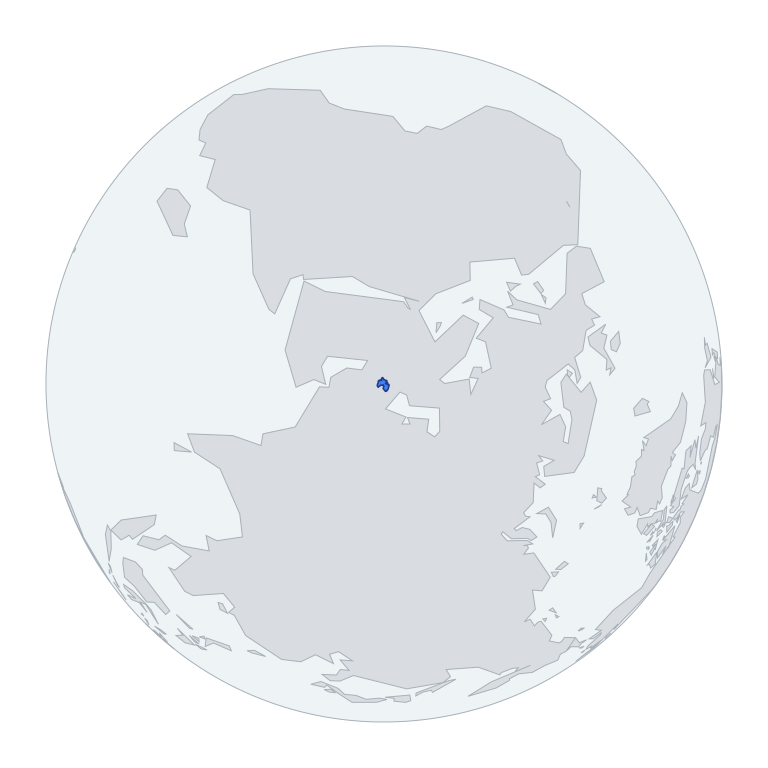 the Earth from above Markazi, rotated 126°
{"feature_id": "IRN-3231", "entity_name": "Markazi", "entity_type": "Province", "adm_level": 1, "iso_a3": "IRN", "parent_name": "Iran", "parent_adm1": "", "projection": "orthographic", "projection_center": [49.809, 34.588], "detail": "fine", "context": "on_globe", "style": "filled", "palette": "blue", "viewbox_px": 768, "rotation_deg": 126, "n_neighbors": 0, "source": "natural_earth", "source_scale": "10m", "svg_char_len": 12321}
<svg xmlns="http://www.w3.org/2000/svg" viewBox="0 0 768 768"><g transform="rotate(126 384 384)"><circle cx="384" cy="384" r="338" fill="#eef3f6" stroke="#a8b0b8"/><path d="M387.6,46.1L396.1,46.7L431.9,51.7L447.6,53.7L440.7,53.7L473.4,58.9L495.7,65.9L467.8,58.0L462.8,57.4L476.5,61.6L474.4,62.0L479.8,64.6L476.0,65.1L460.0,61.5L457.2,62.0L467.1,65.0L469.6,68.2L455.5,63.4L458.3,68.6L432.0,65.5L397.4,55.8L380.0,57.7L336.8,58.5L337.9,60.2L322.2,62.7L317.7,65.9L310.9,66.0L313.1,68.7L320.1,68.1L323.4,69.3L321.4,71.4L312.4,71.5L312.2,70.5L308.5,71.7L304.9,71.0L305.5,72.5L295.0,73.0L302.3,75.9L291.3,79.1L285.1,78.6L289.9,74.3L287.5,65.4L282.8,65.1L271.2,68.2L240.7,82.2L233.7,84.4L221.2,90.4L223.0,90.7L233.5,86.3L233.9,89.2L246.7,84.4L248.7,85.3L260.2,82.9L253.9,88.2L241.5,95.0L231.7,97.5L226.0,100.9L231.7,103.1L209.9,113.3L189.3,130.3L184.2,132.9L180.7,128.5L190.0,116.0L185.6,113.7L183.8,120.6L171.0,128.5L166.9,132.5L164.9,135.7L167.9,135.1L162.6,139.4L162.3,133.2L167.2,129.2L167.2,130.9L171.5,125.5L171.3,122.9L164.8,128.0L170.7,121.9L191.5,106.3L213.5,92.3L236.5,80.0L260.3,69.5L284.9,60.9L310.1,54.3L335.7,49.5L361.6,46.8L387.6,46.1ZM47.6,415.8L48.9,427.0L50.0,435.6L47.6,415.8ZM459.3,55.6L451.7,53.8L459.8,55.5L459.3,55.6ZM481.2,65.0L484.1,65.5L485.6,66.7L481.2,65.0ZM262.8,80.3L261.5,81.5L260.1,81.3L262.8,80.3ZM269.1,78.2L268.4,77.0L271.2,75.9L271.6,76.7L269.1,78.2ZM481.3,68.8L483.0,71.0L478.5,68.0L481.3,68.8ZM269.3,80.1L276.3,74.2L281.4,72.4L287.0,74.0L269.3,80.1ZM482.2,71.9L486.5,78.2L493.2,79.6L476.7,79.9L478.5,74.0L471.9,69.8L478.6,72.0L482.2,71.9ZM323.2,67.1L315.7,67.7L323.8,65.4L323.2,67.1ZM327.7,65.3L348.1,57.9L358.2,58.6L349.3,60.6L364.0,60.5L358.9,64.3L349.7,65.3L344.1,64.0L346.4,66.6L327.7,65.3ZM466.8,79.5L465.5,80.8L463.9,78.8L466.8,79.5ZM325.4,69.6L328.6,67.8L337.6,68.1L332.8,71.8L331.4,70.5L325.4,69.6ZM370.3,58.8L376.2,60.1L373.7,63.4L375.6,64.5L359.6,64.5L370.3,58.8ZM328.3,71.5L330.1,73.8L324.0,75.7L322.8,71.4L328.3,71.5ZM342.0,66.7L346.0,67.1L342.2,68.0L342.0,66.7ZM303.3,84.9L307.0,82.1L312.0,81.9L303.3,84.9ZM331.2,74.6L333.3,73.9L335.7,73.7L335.5,75.7L331.2,74.6ZM359.0,67.1L356.7,68.5L365.4,67.2L363.8,70.2L353.5,69.8L357.3,71.2L356.8,72.1L348.9,70.9L359.0,67.1ZM342.6,77.2L328.9,78.6L321.0,83.4L316.3,83.5L329.9,75.8L342.6,77.2ZM347.0,73.5L343.2,75.7L339.3,74.5L339.5,72.3L347.0,73.5ZM366.5,72.4L371.6,68.0L373.6,68.3L366.5,72.4ZM341.1,78.8L344.4,78.4L341.0,79.2L341.1,78.8ZM359.6,74.5L361.1,72.8L363.4,73.1L359.6,74.5ZM349.9,79.5L345.4,79.8L345.4,78.1L349.9,79.5ZM354.9,77.4L357.8,78.3L348.1,77.4L355.2,76.5L354.9,77.4ZM361.5,75.1L363.4,74.7L360.6,75.8L361.5,75.1ZM352.5,86.0L340.3,85.2L340.2,81.4L352.1,82.6L352.5,86.0ZM89.1,441.6L82.2,384.5L90.7,371.8L95.8,350.5L157.4,309.1L166.4,320.4L210.3,331.5L215.0,336.7L205.5,352.4L234.9,386.2L249.5,375.1L280.5,395.1L304.0,398.9L320.0,367.5L281.7,360.4L279.4,342.9L313.6,334.6L347.7,341.6L347.9,335.1L329.9,318.0L341.5,307.6L324.1,311.1L328.4,318.5L317.7,321.4L313.1,314.9L317.4,311.2L308.2,306.5L290.2,326.6L292.7,336.3L266.2,334.5L267.7,350.8L259.2,356.0L253.5,330.5L256.9,322.5L243.2,292.2L237.2,300.1L249.7,329.8L244.2,326.1L236.2,338.6L237.9,326.2L225.8,293.1L204.3,290.1L170.6,312.7L159.4,309.3L153.0,296.8L171.8,266.0L194.6,277.1L201.6,267.7L202.6,248.8L209.4,254.2L212.6,248.3L221.8,252.0L240.2,242.9L250.4,245.4L263.0,228.7L269.9,228.1L260.5,237.9L259.4,246.7L285.3,254.2L291.8,251.8L297.9,240.6L304.3,244.7L306.8,233.0L324.4,232.7L305.2,223.8L311.8,211.9L325.2,205.2L324.0,200.0L302.1,211.2L296.5,217.3L297.1,224.9L278.8,241.8L268.8,242.3L274.9,219.6L261.3,218.3L272.1,202.4L324.6,179.8L343.8,178.2L364.3,199.7L356.8,206.3L345.7,201.5L351.0,216.7L352.9,210.3L358.2,214.1L365.9,204.8L370.0,207.1L370.3,194.7L376.2,196.6L375.9,204.4L392.3,193.6L406.0,195.4L407.7,192.0L405.7,187.8L424.4,193.7L424.9,190.9L418.9,187.8L415.9,180.6L417.9,170.4L424.3,173.0L424.4,177.0L434.3,189.9L433.7,200.9L436.5,201.1L438.5,192.2L426.5,176.3L425.9,169.6L432.8,176.2L430.2,173.2L431.9,170.7L439.6,170.9L432.6,163.5L442.6,135.9L458.5,134.6L463.4,142.8L477.2,129.2L494.0,130.7L488.4,127.5L491.3,120.1L486.1,119.5L483.6,117.5L488.6,100.5L494.7,99.2L490.6,90.2L487.7,88.9L483.0,89.1L476.7,79.9L493.2,79.6L498.8,82.5L505.3,81.1L517.2,88.4L530.1,94.5L539.3,104.6L548.7,109.3L550.1,108.3L564.0,114.6L587.3,132.5L561.9,122.1L525.6,100.2L539.8,109.0L534.7,108.6L538.6,113.0L548.8,119.6L551.2,119.3L557.7,141.3L578.5,165.9L581.7,158.2L590.9,160.8L617.3,186.5L637.8,237.4L650.2,245.0L655.7,253.3L655.3,263.3L647.4,251.4L640.7,251.6L636.3,243.9L633.0,257.3L626.5,246.9L627.2,263.3L634.6,269.2L639.9,260.5L643.3,280.3L657.6,288.0L667.0,305.0L668.8,348.0L659.1,369.2L660.1,375.5L652.3,373.6L647.9,390.8L667.3,414.0L668.8,423.4L658.9,450.2L657.6,443.7L636.9,438.7L637.3,462.5L653.2,471.7L658.8,489.3L648.4,489.7L642.3,474.5L634.9,472.1L633.8,452.3L621.8,427.3L611.1,438.9L609.0,427.0L590.9,408.6L573.9,424.3L549.0,466.7L550.5,497.3L539.7,513.6L514.7,476.2L506.1,447.4L495.4,452.6L471.0,430.6L424.2,434.5L419.0,426.6L409.9,431.0L392.9,423.5L385.6,410.2L374.6,411.1L394.7,445.9L406.6,444.9L418.5,431.0L421.7,443.4L438.3,453.2L414.7,484.0L347.7,509.2L343.7,485.9L305.9,416.5L308.5,409.2L308.4,408.4L308.1,406.8L302.1,418.3L296.4,404.3L313.8,453.1L315.6,472.8L346.7,510.5L343.1,513.8L353.9,521.5L391.5,513.6L391.2,521.1L371.8,554.7L322.0,594.6L330.2,621.9L329.2,642.8L301.6,652.5L307.6,667.3L293.8,669.8L295.3,677.1L286.2,682.4L269.9,684.7L238.1,675.6L233.3,669.1L213.2,651.3L183.9,608.3L188.9,593.5L184.9,577.8L162.3,534.1L167.0,515.8L161.7,504.4L150.3,501.1L144.5,487.3L137.9,483.4L98.9,464.8L89.1,441.6ZM131.7,337.6L128.9,343.7L131.7,337.6ZM381.1,366.3L403.3,368.2L397.8,346.8L405.9,346.0L401.1,339.4L397.3,345.3L386.2,327.1L397.4,321.2L397.0,312.0L389.6,311.0L370.9,325.0L386.6,350.6L379.6,359.1L381.1,366.3ZM171.0,128.9L170.8,129.5L167.8,133.3L167.3,132.6L171.0,128.9ZM166.4,145.7L157.9,152.3L163.6,146.8L161.1,146.5L170.1,135.2L182.1,133.7L175.0,136.1L166.4,145.7ZM185.4,120.9L178.3,127.4L185.6,120.4L185.4,120.9ZM221.3,214.9L222.6,220.4L216.3,226.0L203.5,225.0L212.4,216.7L221.3,214.9ZM225.8,227.2L235.5,206.3L243.9,206.8L237.5,209.9L242.1,212.4L233.1,218.1L231.7,240.1L226.1,246.6L205.4,239.8L215.2,238.1L213.4,232.4L225.8,227.2ZM245.5,159.3L249.8,152.3L262.4,162.2L256.9,167.7L243.7,166.5L242.5,159.3L245.5,159.3ZM277.9,84.9L278.7,83.0L281.2,82.8L282.5,84.1L277.9,84.9ZM304.6,83.6L276.8,93.3L276.3,91.4L260.6,100.4L253.3,99.2L263.7,93.3L246.3,99.7L252.7,93.9L241.1,99.0L265.1,85.9L270.2,81.6L267.3,86.7L273.9,87.6L278.3,86.8L294.6,81.6L308.9,73.7L317.7,74.2L320.2,76.7L318.1,78.6L313.0,77.5L313.9,80.9L304.9,80.9L304.6,83.6ZM343.6,116.1L338.6,112.1L338.8,122.6L329.9,121.2L330.5,122.5L322.3,124.2L313.3,128.9L309.9,127.4L307.9,130.0L302.4,131.5L298.5,134.6L291.0,133.3L285.6,137.2L285.1,134.4L277.9,141.6L279.9,135.7L273.0,137.7L274.7,142.3L243.6,131.5L229.1,132.8L215.8,137.5L221.1,127.9L236.9,117.9L256.8,109.9L270.0,110.5L270.0,106.5L276.4,105.8L273.7,109.3L281.6,103.7L286.1,104.2L303.8,99.5L312.3,92.1L319.0,90.6L317.9,93.8L325.4,90.1L327.9,95.3L332.7,94.6L340.0,99.4L335.1,106.6L340.9,105.3L346.7,109.4L343.6,116.1ZM354.3,87.4L350.5,95.6L343.7,99.0L333.8,89.4L329.1,89.4L322.5,84.2L332.5,79.5L333.4,81.3L336.7,82.1L332.2,83.2L338.2,82.9L339.7,85.6L344.8,86.2L342.2,88.5L354.3,87.4ZM223.1,332.4L227.3,334.7L234.5,336.3L229.6,344.6L223.1,332.4ZM214.4,309.9L218.6,310.3L215.1,321.9L210.8,319.9L214.4,309.9ZM223.8,301.0L219.1,309.4L219.0,303.6L223.8,301.0ZM264.6,237.9L269.5,238.0L268.8,240.8L264.8,244.1L264.6,237.9ZM342.4,150.0L340.6,146.4L342.7,145.5L345.5,137.0L352.4,137.8L353.3,143.3L342.4,150.0ZM311.9,372.1L303.4,377.3L300.6,373.7L304.1,372.6L311.9,372.1ZM263.2,361.5L273.0,368.3L261.8,363.7L263.2,361.5ZM350.3,149.5L350.7,145.8L353.9,148.6L350.3,149.5ZM357.5,138.1L361.8,140.6L353.5,137.0L357.5,138.1ZM457.2,712.6L460.4,712.4L454.8,713.6L457.2,712.6ZM387.8,642.1L369.5,675.1L353.2,674.5L348.2,665.1L353.7,645.1L372.0,639.6L380.5,629.6L387.8,642.1ZM695.4,497.5L698.6,493.8L698.2,495.2L695.4,497.5ZM692.3,498.2L696.5,493.1L691.0,501.9L692.3,498.2ZM698.0,491.1L702.2,482.9L704.1,478.4L703.4,481.5L698.0,491.1ZM689.2,502.0L669.4,521.0L660.7,524.9L663.5,518.6L677.5,507.9L689.2,502.0ZM662.7,519.1L648.5,516.6L623.9,491.3L632.8,487.2L657.5,496.2L656.1,501.2L664.7,505.1L662.7,519.1ZM694.4,466.9L692.8,480.3L682.5,490.0L677.5,492.8L674.1,480.4L676.0,470.5L680.4,466.9L693.5,423.9L698.8,425.1L695.7,441.6L699.8,447.8L694.4,466.9ZM552.2,499.7L561.1,514.5L554.8,519.4L552.2,499.7ZM695.9,397.9L692.6,416.6L694.7,394.4L695.9,397.9ZM695.5,379.0L697.1,384.8L693.8,381.4L695.5,379.0ZM662.7,384.3L658.2,389.8L656.7,385.4L661.5,375.9L662.7,384.3ZM674.0,319.6L679.2,332.7L680.2,338.0L675.6,332.1L674.0,319.6ZM409.3,157.1L397.8,167.5L394.0,176.7L399.0,184.2L387.0,178.6L392.8,164.3L409.3,157.1ZM437.9,138.0L433.4,132.3L438.5,132.4L440.3,133.7L437.9,138.0ZM432.9,136.2L421.5,133.9L421.1,129.3L430.2,131.9L432.9,136.2ZM385.6,140.4L381.7,143.3L379.2,140.8L385.6,140.4ZM647.5,595.6L655.6,583.2L657.3,581.5L664.5,568.3L684.9,536.4L701.6,497.8L705.0,489.5L696.6,512.3L686.6,534.4L675.0,555.7L662.0,576.2L647.5,595.6ZM703.1,486.6L708.5,470.3L710.4,465.6L703.1,486.6ZM720.0,419.7L718.7,426.7L718.4,423.8L719.7,415.2L717.4,419.5L720.1,407.3L720.4,414.9L721.5,400.2L721.6,398.0L720.0,419.7ZM718.3,432.7L718.6,431.0L717.9,436.0L718.3,432.7ZM713.0,441.7L712.6,445.2L711.6,445.2L713.0,441.7ZM714.5,436.6L717.0,432.6L714.1,440.0L714.5,436.6ZM702.3,447.3L703.7,452.9L708.0,441.4L704.7,453.4L706.7,461.5L705.3,467.7L703.5,458.6L701.3,474.2L699.2,476.8L699.0,466.4L701.6,448.8L703.6,439.8L711.0,425.3L702.3,447.3ZM714.8,427.3L714.0,420.3L714.4,412.9L715.5,415.5L714.8,427.3ZM709.7,404.5L705.5,399.1L703.1,407.6L706.6,383.8L710.3,392.9L709.7,404.5ZM703.9,385.8L701.8,393.7L703.0,380.8L703.9,385.8ZM700.4,391.3L698.6,384.4L701.1,382.1L700.4,391.3ZM705.3,383.9L703.2,370.8L705.8,376.3L705.3,383.9ZM693.7,369.6L701.5,374.4L693.9,378.6L686.8,355.2L689.6,350.7L693.7,369.6ZM666.4,252.8L661.9,247.2L662.5,242.1L665.4,247.3L666.4,252.8ZM660.3,222.7L661.2,239.1L661.2,253.3L664.3,253.7L669.9,266.7L661.8,260.2L657.2,242.3L658.3,233.6L652.4,223.6L649.5,212.9L640.7,202.9L637.5,196.2L645.8,202.9L660.3,222.7ZM636.8,199.0L620.5,180.3L624.4,176.2L628.9,179.4L634.7,189.5L632.3,191.0L636.8,199.0ZM617.7,174.9L615.1,176.4L585.8,157.2L580.6,152.3L605.0,163.5L603.9,165.7L610.5,171.5L617.7,174.9ZM469.2,81.8L465.8,80.9L468.8,80.6L469.2,81.8ZM480.7,117.4L477.9,114.7L481.4,114.0L480.7,117.4ZM471.9,107.1L470.0,109.7L469.4,105.8L471.9,107.1ZM466.0,116.0L467.9,110.2L469.9,117.4L466.0,116.0Z" fill="#d9dde1" stroke="#a8b0b8" stroke-width="1"/><path d="M390.0,386.8L389.9,387.2L389.5,388.3L389.3,388.5L389.1,388.5L388.8,388.6L388.5,388.9L388.2,389.1L386.1,389.6L385.4,390.1L384.9,390.4L384.6,390.2L384.6,389.9L384.3,389.6L384.2,389.5L384.1,389.4L383.9,389.5L383.8,389.9L383.7,390.0L383.5,389.9L383.4,389.7L383.0,389.5L382.8,389.3L382.8,389.2L382.9,388.9L382.9,388.7L382.6,388.2L382.3,388.1L382.1,388.3L381.8,388.4L381.6,388.5L381.4,389.0L380.9,389.3L380.2,389.2L379.9,389.1L379.7,389.0L379.6,388.8L379.6,388.7L379.9,388.1L379.8,387.8L379.8,387.6L380.4,387.1L380.5,386.9L380.4,386.4L380.4,386.1L380.3,385.8L380.0,385.1L380.0,384.5L379.9,384.1L379.6,384.0L379.6,383.8L380.2,383.8L380.5,383.9L380.5,383.5L380.5,383.0L380.6,382.8L380.7,382.6L380.6,382.3L380.8,382.1L381.6,382.1L382.1,382.1L382.2,382.3L382.1,382.5L382.1,382.8L382.3,383.0L382.5,383.2L382.8,382.9L382.7,382.3L382.6,382.0L382.4,381.7L382.1,381.6L381.6,381.5L381.4,381.4L381.3,381.2L381.5,381.0L381.8,381.0L382.0,380.7L382.0,380.4L381.7,380.1L381.6,379.7L381.8,379.5L382.0,379.9L382.4,379.7L382.3,379.3L382.2,379.1L383.1,379.0L383.2,378.6L383.4,378.5L384.3,378.2L384.5,378.1L384.8,378.0L385.0,378.0L385.9,377.6L386.1,377.6L386.3,377.6L386.5,377.7L387.0,377.7L387.4,377.8L387.7,378.1L387.8,378.2L387.7,377.7L387.8,377.6L388.0,377.6L388.2,377.8L388.2,378.1L388.3,378.3L388.5,378.0L389.0,378.3L389.1,378.5L389.1,378.9L388.7,380.3L388.6,380.5L388.4,380.9L388.3,381.8L388.3,382.0L388.2,382.1L387.7,382.3L387.1,382.4L386.8,382.6L386.4,382.7L385.9,382.6L385.7,382.9L385.7,383.2L385.8,383.4L385.7,383.5L385.3,383.8L385.2,384.1L385.5,384.4L385.7,384.6L385.9,384.6L386.1,384.6L386.4,384.9L386.4,385.1L386.4,385.3L386.5,385.6L386.8,385.9L387.1,386.1L388.3,386.2L388.8,386.5L390.0,386.8Z" fill="#3b82f6" stroke="#1e3a8a" stroke-width="1.5"/></g></svg>